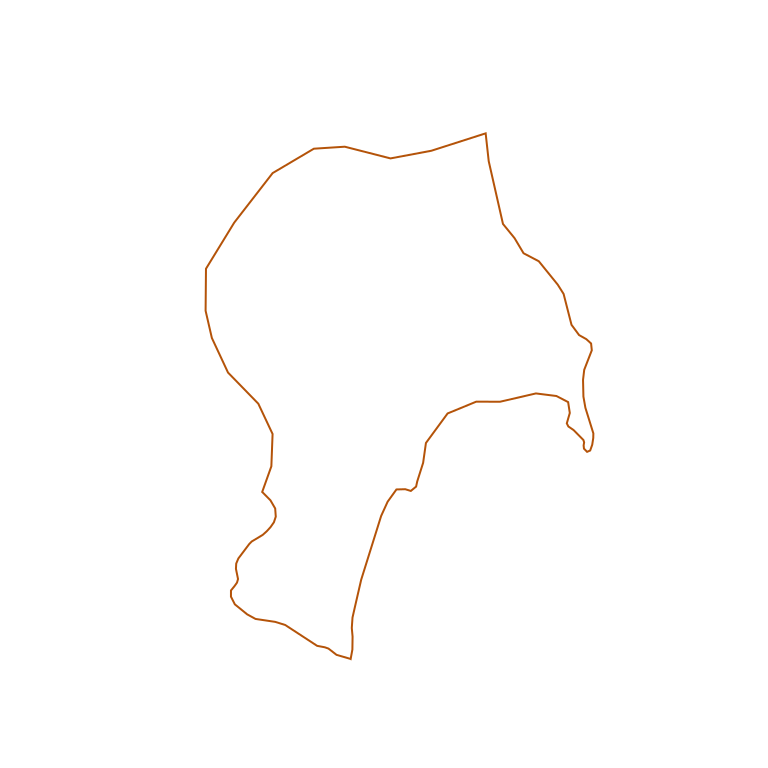 an SVG outline of Santa Elena, rotated 210°
{"feature_id": "ECU-5507", "entity_name": "Santa Elena", "entity_type": "Province", "adm_level": 1, "iso_a3": "ECU", "parent_name": "Ecuador", "parent_adm1": "", "projection": "natural_earth1", "projection_center": [-80.701, -2.093], "detail": "fine", "context": "isolated", "style": "outline", "palette": "amber", "viewbox_px": 768, "rotation_deg": 210, "n_neighbors": 0, "source": "natural_earth", "source_scale": "10m", "svg_char_len": 1294}
<svg xmlns="http://www.w3.org/2000/svg" viewBox="0 0 768 768"><g transform="rotate(210 384 384)"><path d="M421.3,651.9L404.7,629.3L361.0,582.1L343.9,575.6L328.5,567.0L311.3,567.7L283.2,556.9L273.5,551.8L251.2,529.0L239.5,523.9L231.2,524.0L224.9,522.6L220.9,517.1L217.7,496.4L213.7,487.1L205.0,472.8L197.7,464.1L178.0,445.9L175.8,441.9L173.3,435.5L172.2,429.5L174.2,426.8L178.5,428.0L180.4,430.6L181.5,433.5L183.3,435.2L196.8,438.9L203.1,439.4L206.0,441.3L208.6,451.8L215.5,460.4L228.7,459.8L247.7,451.8L274.6,426.7L295.3,414.8L314.2,390.3L318.2,353.9L310.7,335.3L306.5,316.2L304.9,311.2L307.3,304.8L313.0,303.5L320.5,298.9L322.0,283.9L320.5,268.3L305.9,203.1L298.0,177.3L294.5,166.0L289.9,156.6L284.9,149.5L278.6,138.2L275.4,129.2L275.5,129.2L289.7,125.7L299.8,127.1L303.6,126.4L311.0,123.8L349.1,125.9L359.3,123.6L377.8,116.3L387.4,116.1L403.0,118.6L410.2,123.3L413.3,128.7L412.4,134.3L412.0,138.5L412.9,142.1L419.8,149.9L422.2,154.6L422.9,160.1L420.7,178.0L419.8,181.5L413.6,192.7L411.9,197.9L410.7,203.4L410.2,209.2L411.4,215.0L416.0,221.8L424.2,226.5L435.5,229.6L440.4,256.4L455.5,285.0L483.0,304.1L524.8,315.9L556.1,337.8L575.1,358.2L595.8,394.8L594.4,448.9L585.9,511.0L562.4,552.7L536.6,569.9L491.2,582.6L459.6,609.7L421.3,651.9Z" fill="none" stroke="#b45309" stroke-width="2"/></g></svg>